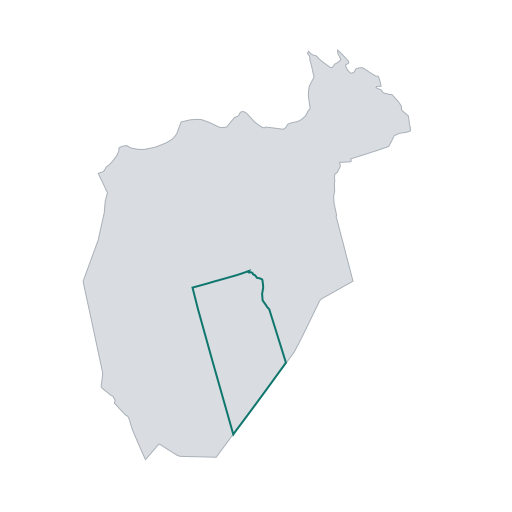 location of Iférouane, Agadez, Niger, rotated 165°
{"feature_id": "23599985B42361363165505", "entity_name": "Iférouane", "entity_type": "district", "adm_level": 2, "iso_a3": "NER", "parent_name": "Niger", "parent_adm1": "Agadez", "projection": "equal_earth", "projection_center": [8.793, 20.451], "detail": "fine", "context": "in_parent", "style": "outline", "palette": "teal", "viewbox_px": 512, "rotation_deg": 165, "n_neighbors": 0, "source": "geoboundaries", "source_scale": "gbopen_adm2", "svg_char_len": 3795}
<svg xmlns="http://www.w3.org/2000/svg" viewBox="0 0 512 512"><g transform="rotate(165 256 256)"><path d="M387.0,376.7L382.8,376.8L380.4,377.8L377.4,380.9L374.0,382.1L369.8,384.8L367.2,386.9L364.8,388.6L361.4,392.8L360.3,396.0L356.9,396.6L352.2,396.1L349.2,392.9L342.3,389.5L337.7,388.2L335.7,387.8L325.0,387.2L313.7,388.5L308.0,390.1L306.9,390.4L303.6,392.4L300.9,394.6L293.6,404.9L283.9,404.5L278.2,403.4L273.3,401.8L266.4,397.0L257.9,389.7L254.7,388.7L251.8,388.2L250.8,388.3L240.7,395.5L238.7,395.4L236.3,396.2L234.8,398.0L233.6,398.9L232.4,399.1L230.8,398.7L229.2,397.6L227.7,395.5L223.5,387.4L222.7,386.0L220.9,383.6L217.9,379.9L215.9,378.1L214.7,377.7L213.2,378.0L205.1,374.8L197.0,371.4L195.3,371.8L194.0,372.5L191.2,375.0L187.9,375.5L183.7,375.3L181.4,375.0L177.7,375.8L175.2,376.8L171.9,378.5L167.7,383.1L166.5,383.7L165.5,384.5L164.0,397.2L162.8,401.0L160.7,406.0L156.4,410.8L153.6,413.7L153.5,417.7L153.2,424.1L153.1,428.5L153.3,431.4L152.8,432.8L152.6,434.1L152.7,435.9L153.4,436.8L153.8,438.0L153.5,439.0L152.2,440.1L150.7,437.2L148.8,435.2L146.7,434.3L145.3,432.8L144.5,430.7L141.8,426.8L135.5,418.9L134.8,418.7L133.8,418.4L132.0,419.3L130.8,420.6L130.1,421.1L128.9,421.2L125.9,422.2L123.4,423.5L123.3,424.5L124.5,430.5L123.9,433.7L122.8,432.2L119.4,426.2L117.0,421.7L116.6,420.7L116.2,419.2L116.5,418.5L117.4,418.0L119.7,417.5L120.1,417.0L120.2,415.8L119.9,413.5L118.7,410.4L117.4,408.3L116.7,407.9L115.4,407.9L113.9,408.1L111.2,410.7L110.0,411.1L107.2,410.9L104.7,410.4L103.2,409.1L98.8,404.1L93.9,398.9L91.8,398.1L91.3,397.6L91.0,393.5L91.2,388.7L91.5,387.4L93.5,388.2L95.7,388.5L96.5,387.6L94.7,385.9L92.2,384.2L91.3,381.5L90.6,380.6L89.4,379.7L88.1,379.2L86.8,378.4L85.9,377.7L84.5,377.3L82.9,376.7L80.7,372.5L78.6,368.3L77.4,365.0L76.9,363.0L77.6,359.7L77.0,358.3L74.6,354.9L72.6,351.8L73.2,346.9L73.7,342.8L73.7,340.2L74.1,338.8L74.3,337.1L75.7,336.6L79.1,336.6L85.8,337.4L91.1,336.5L91.4,336.4L95.2,332.0L99.5,327.4L105.8,327.0L112.5,326.5L117.9,326.3L125.6,325.9L131.9,325.6L139.2,325.3L139.4,323.2L139.9,322.6L140.6,322.6L145.9,323.7L150.9,324.8L151.3,320.8L155.8,315.8L158.3,314.8L158.9,314.0L159.7,312.3L160.2,309.7L160.5,307.8L161.4,306.3L162.1,303.5L163.1,298.6L165.6,293.4L167.0,286.4L167.3,279.6L167.6,274.5L168.4,273.5L168.4,264.3L168.5,255.2L168.5,247.4L168.6,237.8L168.7,229.4L168.7,220.2L168.8,212.1L168.8,206.6L173.9,205.3L179.1,204.0L186.7,202.0L195.0,199.9L204.0,197.6L206.1,196.2L212.9,188.4L216.0,184.8L222.1,177.8L226.8,172.4L232.8,165.5L239.1,158.6L244.2,153.1L252.1,146.8L264.0,137.4L275.9,128.0L287.7,118.7L299.5,109.3L311.4,99.9L323.1,90.6L334.9,81.2L346.6,71.9L358.5,75.5L369.9,78.8L381.3,82.2L384.0,84.1L390.1,90.7L397.9,99.3L398.2,99.4L398.6,99.4L405.9,94.4L415.5,87.9L418.3,105.6L420.4,120.8L420.7,130.5L420.9,133.1L421.7,134.8L423.5,136.5L430.9,150.6L429.4,153.0L430.5,157.4L432.4,159.3L438.6,167.7L439.4,169.4L439.1,170.7L435.0,180.6L434.3,183.0L433.7,195.7L433.2,204.6L432.6,216.9L431.8,231.7L431.2,244.1L430.4,260.6L429.6,276.2L423.6,284.8L412.9,300.0L404.2,312.4L399.9,320.8L391.4,337.0L387.6,347.6L384.6,353.1L383.1,355.4L384.5,363.2L387.0,376.7Z" fill="#d9dde1" stroke="#a8b0b8" stroke-width="1"/><path d="M266.4,243.4L274.1,242.8L279.7,242.5L292.7,242.3L303.7,242.2L310.4,242.0L325.5,241.9L325.8,219.4L325.7,209.7L325.3,169.5L324.1,89.5L320.3,92.7L312.2,99.0L299.2,109.3L283.8,121.6L269.1,133.5L254.7,145.2L257.0,201.2L258.4,203.7L259.3,206.6L260.0,208.4L261.1,211.5L260.8,213.1L260.4,215.1L259.9,217.9L259.4,218.9L258.6,220.6L257.8,222.4L257.3,223.3L257.0,224.9L256.7,226.2L256.3,229.0L256.1,230.5L256.1,231.7L257.3,232.8L259.2,234.0L260.6,234.6L261.0,235.2L261.1,235.8L261.8,237.4L262.3,238.1L263.1,238.5L263.6,239.2L263.8,240.5L264.8,241.5L267.0,241.8L267.4,242.2L266.4,243.4Z" fill="none" stroke="#0f766e" stroke-width="2"/></g></svg>